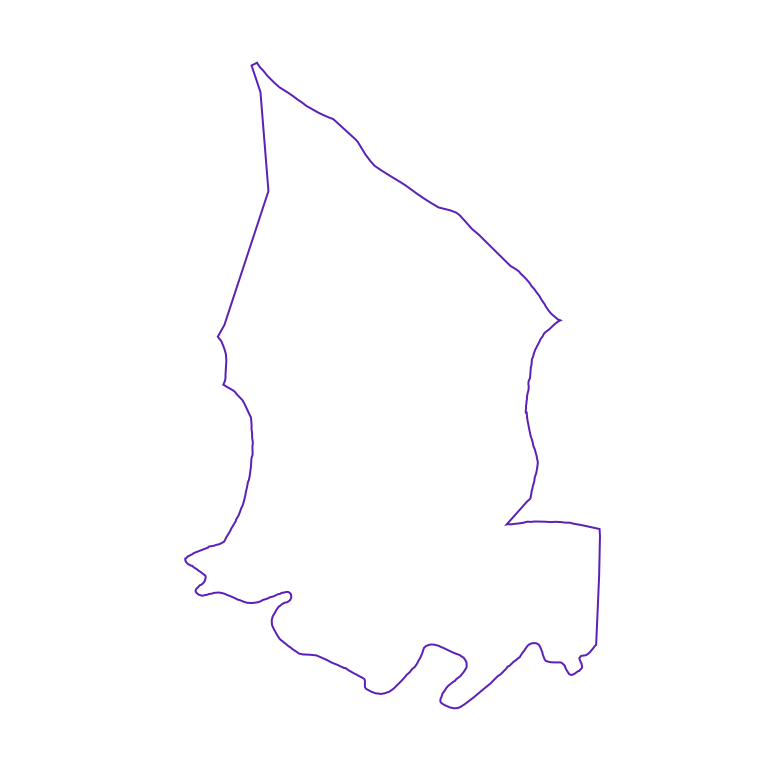 outline of Cap Estate/Ranch Site, Gros Islet, Saint Lucia, rotated 177°
{"feature_id": "8701671B82854907311550", "entity_name": "Cap Estate/Ranch Site", "entity_type": "district", "adm_level": 2, "iso_a3": "LCA", "parent_name": "Saint Lucia", "parent_adm1": "Gros Islet", "projection": "albers", "projection_center": [-60.933, 14.104], "detail": "fine", "context": "isolated", "style": "outline", "palette": "violet", "viewbox_px": 768, "rotation_deg": 177, "n_neighbors": 0, "source": "geoboundaries", "source_scale": "gbopen_adm2", "svg_char_len": 6069}
<svg xmlns="http://www.w3.org/2000/svg" viewBox="0 0 768 768"><g transform="rotate(177 384 384)"><path d="M499.6,709.0L492.1,682.0L489.3,582.7L540.3,451.3L547.5,439.9L545.6,437.1L544.4,435.7L542.5,430.4L541.4,426.8L540.3,421.9L540.2,415.7L541.8,401.6L541.9,399.0L542.6,395.6L544.5,391.7L543.2,390.9L541.4,389.6L537.0,386.8L534.5,385.1L532.7,383.3L531.9,381.8L526.3,375.4L524.6,372.1L519.4,359.3L518.8,358.2L518.5,356.2L518.4,349.1L518.6,347.0L518.6,344.8L518.3,342.1L518.5,337.4L518.0,332.5L518.7,328.2L518.8,323.0L519.0,320.0L519.9,317.8L520.3,316.2L521.1,309.5L521.1,308.5L521.5,307.1L522.9,299.3L524.0,295.1L525.0,293.2L526.2,288.0L527.7,283.1L528.4,279.6L528.8,278.6L529.5,275.9L530.0,274.7L530.3,273.4L531.7,269.8L533.0,267.6L534.9,262.9L535.3,262.2L536.3,260.0L538.6,256.7L539.5,254.3L540.4,253.2L541.9,250.8L543.4,248.6L543.9,248.0L545.1,245.6L546.3,243.7L549.7,238.9L550.9,236.5L552.0,234.9L555.4,233.2L556.9,232.7L558.3,232.3L559.7,232.2L562.3,231.4L565.4,231.1L567.6,230.7L568.2,229.9L582.0,225.4L582.9,225.0L584.6,223.9L585.7,223.5L587.5,222.6L588.3,222.5L589.0,222.0L589.8,221.1L590.8,220.3L591.6,220.1L591.7,218.7L591.4,217.7L590.9,216.5L589.7,215.0L588.5,214.0L587.7,213.7L586.2,212.7L585.0,212.4L583.9,211.2L582.8,210.3L582.1,209.9L579.7,208.1L579.0,207.3L576.6,205.6L573.3,202.7L572.7,202.3L572.2,201.3L572.3,200.1L572.6,198.6L573.5,196.5L574.2,195.4L576.7,193.2L577.5,193.0L578.5,192.6L579.3,191.9L580.5,190.5L581.6,189.8L582.5,188.7L582.9,187.8L582.9,186.5L582.0,185.0L581.2,184.4L580.1,183.3L576.8,182.1L575.4,182.2L573.7,182.6L571.6,182.8L569.9,183.4L566.8,183.7L564.7,184.3L559.7,184.4L556.8,183.7L555.2,183.2L553.4,182.5L551.7,181.5L549.2,180.5L547.3,179.5L544.7,178.3L541.3,176.3L539.5,175.8L537.2,174.7L535.4,173.9L532.3,172.7L527.6,172.2L525.2,172.3L521.4,172.7L519.8,173.1L517.8,173.8L516.3,174.7L513.1,175.4L510.9,176.1L509.3,176.9L506.8,177.4L504.4,178.1L500.8,179.7L499.9,179.7L498.3,180.0L497.4,180.8L496.1,180.8L492.1,181.5L491.2,181.4L490.0,181.1L488.3,179.5L487.8,178.3L487.8,175.7L488.3,174.5L489.1,173.1L491.1,171.7L492.8,171.0L494.3,170.9L495.3,170.5L497.0,169.7L497.9,169.1L499.0,168.2L500.7,167.2L503.2,164.2L504.9,161.3L507.4,157.7L507.6,156.7L508.1,155.3L508.5,153.6L508.5,150.1L508.2,148.4L506.8,144.9L503.5,138.2L501.7,135.2L500.5,133.8L498.6,132.3L497.1,130.8L496.0,130.0L494.2,128.2L492.5,126.7L491.4,126.1L489.7,124.4L485.9,121.5L485.0,120.9L483.8,119.8L482.8,119.2L479.2,118.2L472.0,117.5L465.8,116.5L463.8,115.6L458.3,112.8L456.4,111.9L450.7,108.5L449.1,107.7L444.6,105.7L442.5,104.4L440.7,103.6L438.9,102.5L437.3,102.4L436.2,101.3L435.3,100.9L434.3,99.9L432.6,98.9L428.7,96.3L426.7,95.3L425.0,94.1L420.6,91.6L419.1,90.4L418.7,89.4L418.6,88.5L418.9,82.5L418.1,80.8L417.4,80.2L413.0,77.5L409.5,75.9L407.5,75.3L405.9,75.3L404.2,74.7L402.4,74.7L399.7,75.1L395.2,76.3L393.4,77.3L390.1,79.5L382.0,86.7L377.9,90.8L376.4,92.6L374.4,94.0L372.7,95.6L370.9,97.8L368.0,99.9L365.5,103.2L363.8,106.3L362.7,107.8L361.7,109.5L359.8,113.4L358.6,116.7L357.9,118.3L355.9,120.1L352.7,121.1L350.8,121.4L348.9,121.3L346.5,120.8L342.8,119.6L341.2,118.6L338.8,117.5L330.8,113.1L326.3,110.9L322.6,109.4L320.7,107.8L318.9,106.6L317.2,104.0L316.2,101.6L316.2,97.8L316.5,96.5L319.2,92.6L322.9,88.4L327.4,85.4L328.6,83.8L329.9,83.3L335.6,79.3L337.7,77.1L340.5,73.2L341.4,72.4L342.1,71.0L343.1,68.1L343.7,67.3L344.0,66.5L344.2,65.7L344.3,63.8L343.8,62.9L341.9,61.2L340.2,60.1L337.3,58.7L335.8,57.8L331.2,56.5L327.8,56.5L326.2,56.9L324.4,57.5L323.2,58.3L320.3,59.9L310.8,66.4L298.7,75.5L293.5,79.2L289.2,83.2L285.3,86.6L283.0,87.8L279.8,90.6L278.9,91.5L277.3,92.8L275.3,95.3L273.4,96.1L272.6,96.6L271.9,97.4L269.9,99.1L269.0,100.0L267.9,100.6L266.4,101.5L264.6,103.1L262.7,104.1L261.9,105.4L259.4,108.8L257.9,110.3L256.2,112.8L254.8,114.5L253.3,115.9L250.6,117.2L249.7,117.3L246.4,117.3L245.5,117.1L243.1,115.7L241.8,113.3L240.8,110.4L240.5,109.2L239.9,107.9L239.9,107.0L239.5,105.2L238.2,101.1L237.5,99.8L236.7,98.9L234.9,98.2L232.4,97.5L229.2,97.1L222.2,96.7L221.2,96.3L218.5,93.6L218.0,92.6L217.9,91.7L216.7,88.8L214.3,84.6L213.2,84.0L212.0,83.6L210.9,83.8L208.4,85.0L205.2,87.1L204.1,87.2L202.9,88.6L201.5,89.7L201.1,90.7L200.9,91.8L201.3,93.4L201.3,94.2L202.2,96.2L203.2,99.4L203.1,100.3L202.6,100.9L201.8,101.8L201.1,102.2L196.4,102.6L194.1,104.0L191.9,105.9L190.9,107.1L189.3,108.7L187.2,111.3L185.8,112.4L179.2,181.2L176.3,220.6L176.3,227.9L194.6,232.9L202.2,234.6L205.7,235.8L209.8,236.0L215.3,237.0L217.4,237.1L219.2,237.4L224.9,237.4L230.8,238.1L240.6,238.8L245.0,238.6L247.4,239.0L250.1,238.7L252.0,238.1L257.2,237.7L259.3,237.6L264.4,237.2L266.9,237.5L268.9,237.3L248.1,258.3L246.5,259.8L245.2,260.7L243.8,262.1L242.9,265.5L242.0,270.0L241.3,271.6L240.8,273.9L239.2,278.4L238.7,280.7L238.4,282.6L236.6,287.2L235.5,291.8L234.5,297.5L234.5,298.2L235.2,302.1L235.3,303.9L236.2,307.8L236.7,310.6L237.9,313.6L238.4,316.4L238.6,318.2L239.4,321.5L240.2,324.1L241.7,333.5L241.8,334.7L242.1,336.5L242.1,337.2L242.5,339.1L242.6,341.0L242.9,343.2L242.9,345.5L243.0,348.0L243.9,347.9L243.8,350.4L243.4,352.4L243.3,355.0L242.7,357.5L242.6,359.1L242.0,361.6L241.9,363.6L241.2,366.8L240.0,370.4L239.6,374.1L239.8,376.1L239.7,378.0L239.1,380.1L238.1,381.8L237.6,384.2L236.5,392.9L235.6,395.9L235.3,398.8L234.9,401.1L233.6,403.8L232.9,406.2L231.3,410.1L226.7,417.9L225.3,420.7L222.9,423.5L221.7,425.8L219.9,427.5L215.9,430.1L212.9,432.8L209.8,435.3L207.5,436.9L204.5,438.3L206.9,439.3L213.3,445.4L215.7,448.6L218.6,453.3L219.2,454.9L222.6,460.4L224.2,463.8L226.5,467.0L228.9,470.9L231.4,473.9L233.5,477.5L236.2,481.0L239.3,484.6L241.6,486.9L243.4,489.4L246.5,491.9L251.5,495.2L281.7,528.3L287.9,534.1L299.5,548.5L302.8,551.3L308.6,553.9L320.3,557.5L327.8,562.5L333.9,566.8L341.1,572.3L352.5,581.5L360.5,587.1L367.6,591.9L375.4,597.4L381.9,602.3L385.7,607.0L390.6,614.3L397.5,627.1L399.3,629.4L420.8,651.2L424.5,652.8L430.4,655.7L435.7,658.6L447.0,665.8L451.1,669.4L455.2,672.4L459.7,676.2L463.6,679.2L472.8,685.7L477.6,690.4L484.2,697.7L488.6,703.8L491.1,706.5L493.3,710.1L493.9,711.5L499.6,709.0Z" fill="none" stroke="#5b21b6" stroke-width="2"/></g></svg>